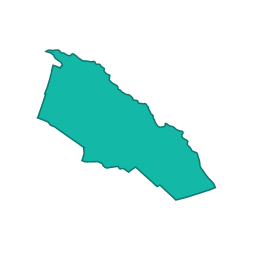 Fratautii Vechi, Suceava, Romania (Robinson projection), rotated 17°
{"feature_id": "2599482B91718162891517", "entity_name": "Fratautii Vechi", "entity_type": "district", "adm_level": 2, "iso_a3": "ROU", "parent_name": "Romania", "parent_adm1": "Suceava", "projection": "robinson", "projection_center": [25.9, 47.896], "detail": "fine", "context": "isolated", "style": "filled", "palette": "teal", "viewbox_px": 256, "rotation_deg": 17, "n_neighbors": 0, "source": "geoboundaries", "source_scale": "gbopen_adm2", "svg_char_len": 5605}
<svg xmlns="http://www.w3.org/2000/svg" viewBox="0 0 256 256"><g transform="rotate(17 128 128)"><path d="M194.8,182.9L203.8,177.4L206.6,175.5L208.7,174.0L212.1,171.7L216.0,169.0L219.1,166.8L224.7,162.9L229.0,159.4L227.3,157.5L225.9,156.0L223.5,154.5L219.6,152.4L215.6,149.7L212.7,147.2L210.6,145.9L208.1,143.5L205.9,138.4L205.2,137.5L203.1,134.5L202.1,132.8L201.7,132.2L201.2,131.9L200.4,131.5L199.6,131.5L198.9,131.5L197.3,131.4L196.5,131.3L196.0,131.2L195.6,130.9L195.0,130.3L194.3,129.5L193.3,128.8L193.0,128.5L192.6,128.2L191.9,127.9L191.0,127.5L190.4,127.2L189.6,126.5L189.3,126.0L189.3,125.3L189.2,124.6L189.2,123.8L189.0,123.3L188.7,122.9L187.5,122.5L186.7,122.2L185.8,122.1L184.5,121.9L183.7,121.7L183.0,121.2L182.4,120.8L181.9,120.0L181.7,119.4L181.5,118.6L181.9,117.9L182.1,117.1L181.9,116.3L181.6,115.8L181.2,115.4L180.4,115.3L179.6,115.4L178.7,115.7L177.7,115.7L176.7,115.6L175.9,115.4L174.5,115.2L173.5,114.9L172.9,114.5L172.1,114.1L171.5,113.8L170.7,113.7L169.9,113.7L168.5,113.8L167.7,113.8L167.1,113.7L165.8,113.5L164.6,113.0L164.0,112.7L163.2,112.5L162.7,112.6L162.4,112.9L162.4,113.3L162.6,113.9L162.8,114.7L162.7,115.2L162.3,115.9L161.5,116.5L160.5,116.8L160.0,117.1L159.3,117.6L158.9,117.7L158.2,117.8L157.4,117.9L156.3,117.7L155.7,117.4L155.3,117.1L154.9,116.8L154.4,116.4L154.0,116.0L153.7,115.8L153.2,115.5L152.8,115.0L152.2,114.8L152.1,114.3L152.0,114.1L151.7,113.7L151.5,113.2L150.5,112.1L149.8,111.8L149.3,111.2L148.8,110.5L148.7,110.1L148.7,109.5L148.4,109.0L147.9,108.5L147.2,108.2L146.3,108.0L145.7,107.7L145.4,107.4L145.2,106.9L144.6,106.1L143.5,105.3L143.1,104.8L141.9,103.2L141.4,102.5L140.9,101.8L139.7,101.2L138.8,100.3L138.2,99.9L137.6,99.7L137.0,99.7L135.9,100.3L134.9,100.5L133.9,100.6L133.2,100.8L132.6,100.9L132.0,100.9L131.3,100.9L130.7,100.9L130.1,100.6L129.8,100.5L129.8,100.1L129.7,99.7L129.4,99.4L129.1,99.2L128.3,99.1L127.8,99.1L126.8,99.4L125.6,99.6L125.2,99.6L124.9,99.5L124.7,99.4L124.1,98.7L123.4,97.8L122.8,97.5L121.8,96.9L120.7,96.4L120.1,96.2L119.5,96.1L119.0,96.1L118.4,96.1L118.0,96.2L117.1,96.4L116.6,96.5L116.0,96.4L115.6,96.3L114.9,96.2L114.0,95.9L112.9,95.5L112.1,95.5L111.6,95.4L111.4,95.1L110.9,94.9L110.0,94.2L109.2,94.1L108.4,93.9L108.1,93.9L107.7,93.9L107.3,93.8L107.1,93.4L106.8,92.7L106.1,91.7L105.2,90.8L104.6,90.6L103.8,90.5L103.1,90.3L101.4,89.9L100.4,89.7L99.7,89.5L98.7,89.1L97.7,88.6L95.9,87.6L95.8,87.0L95.8,86.4L95.6,85.3L95.4,83.8L95.3,83.3L95.1,82.9L94.8,82.8L94.2,82.8L93.4,82.7L92.5,82.7L92.1,82.6L91.5,82.4L90.6,82.0L90.2,81.7L89.6,81.4L89.2,81.1L88.7,80.8L88.5,80.4L88.1,79.8L88.2,79.4L88.2,79.0L88.2,78.7L88.1,78.4L87.9,78.2L87.5,77.9L87.0,77.7L86.4,77.6L86.0,77.4L85.2,77.2L84.8,77.0L84.3,76.9L83.9,76.7L83.7,76.3L83.5,76.0L83.1,75.7L82.6,75.5L81.9,75.4L81.3,75.5L80.9,75.6L80.5,75.8L80.1,76.0L79.3,76.2L78.8,76.2L78.1,75.7L77.7,75.3L77.4,75.0L77.3,74.8L77.0,74.5L76.6,74.4L75.8,74.3L75.1,74.6L74.5,75.0L73.9,75.3L73.3,75.5L72.5,75.6L69.7,75.9L67.5,76.4L66.2,76.8L65.2,76.9L64.4,76.9L63.9,76.7L63.4,76.5L63.1,76.4L62.7,76.4L62.4,76.2L62.0,76.1L61.5,75.9L61.1,75.9L60.7,75.7L60.2,75.6L59.9,75.5L59.1,75.1L57.8,74.4L57.1,74.1L56.3,73.9L55.4,73.6L54.8,73.3L54.3,73.2L54.1,73.1L53.8,73.2L53.4,73.3L53.1,73.4L52.8,73.6L52.6,73.9L52.3,74.7L51.8,75.3L51.7,75.5L51.5,75.8L51.3,75.9L50.8,76.0L50.1,76.0L49.8,76.1L49.3,76.1L48.9,76.1L48.3,76.0L46.5,75.6L45.7,75.4L45.1,75.3L44.6,75.2L44.1,75.2L42.8,75.6L42.5,75.6L42.2,75.6L41.9,75.4L41.6,75.3L41.1,75.0L40.3,74.5L40.0,74.2L39.7,74.0L39.3,73.9L38.9,73.9L38.0,74.0L37.4,74.2L36.7,74.4L35.4,74.9L34.7,75.2L33.9,75.7L33.6,75.9L33.4,75.9L33.1,76.0L32.4,76.0L31.4,76.2L30.2,76.5L29.5,76.7L28.9,77.0L28.4,77.4L28.1,77.7L27.9,78.0L27.5,78.4L27.2,78.6L27.0,78.9L27.4,79.0L27.8,79.0L28.2,78.8L28.4,78.8L28.6,78.7L28.8,78.7L29.1,78.8L29.3,78.9L29.7,78.9L30.1,78.9L30.4,78.9L30.6,78.8L30.8,78.8L31.2,78.7L31.4,78.7L31.8,78.7L32.1,78.9L32.3,78.9L32.7,78.9L32.9,79.0L33.4,79.1L33.7,79.2L33.9,79.2L34.1,79.5L34.4,79.7L34.5,79.7L34.9,79.8L35.0,79.8L35.4,80.0L35.8,80.2L36.1,80.5L36.3,80.9L36.4,81.2L36.7,81.4L37.6,82.2L37.8,82.4L38.6,82.8L39.9,83.2L41.1,83.7L41.9,83.9L42.7,84.1L43.2,84.2L44.2,84.5L44.9,84.8L45.1,85.0L45.3,85.5L45.7,85.9L46.1,86.1L46.5,86.4L46.8,86.8L47.0,87.3L46.9,87.3L46.7,87.3L46.5,87.5L46.3,87.8L46.0,88.8L45.9,89.2L45.8,90.5L45.2,90.4L44.2,90.2L39.5,89.9L38.0,89.9L38.0,91.3L38.1,92.5L38.2,94.6L38.2,95.6L38.5,95.6L38.6,98.2L38.7,101.1L38.8,102.2L38.9,105.0L38.9,109.6L38.9,113.0L38.3,119.8L39.4,119.8L39.2,129.8L38.8,141.1L38.8,142.1L39.0,142.1L38.4,144.7L41.2,144.9L44.3,145.1L47.4,145.4L48.9,145.5L49.1,145.5L49.6,145.7L50.8,146.3L51.5,146.8L51.7,147.1L51.9,147.3L52.2,147.5L52.9,147.8L53.5,148.0L54.1,148.1L55.2,148.2L57.2,148.3L57.7,148.4L59.8,149.1L60.5,149.4L65.0,150.9L68.7,152.1L72.7,153.4L80.1,155.8L82.7,156.6L89.5,158.9L91.4,159.4L91.8,159.6L91.6,159.7L91.4,160.0L93.5,165.2L93.5,166.9L93.6,169.3L93.6,170.8L93.4,172.6L94.4,172.7L95.8,172.9L97.1,172.8L98.4,172.5L105.0,170.3L108.1,169.3L109.2,168.9L109.9,169.0L110.4,169.0L111.0,169.3L111.3,169.3L111.8,169.2L113.4,169.5L114.0,169.8L114.4,170.3L115.0,171.1L115.6,171.5L116.4,171.9L117.2,172.2L118.5,172.5L119.7,172.4L123.4,170.5L127.1,168.8L129.5,167.7L130.0,167.9L130.6,168.4L131.1,168.9L131.4,169.1L132.2,169.5L132.6,169.4L133.6,168.9L134.5,168.3L134.8,168.2L135.1,168.2L135.8,168.3L136.8,168.4L137.1,168.4L137.8,168.8L139.0,169.3L140.0,169.6L140.7,169.7L141.6,170.0L141.9,169.5L143.9,166.5L146.5,163.3L148.0,163.8L149.0,164.2L150.4,164.8L151.4,165.3L152.7,166.0L159.4,169.1L164.1,171.3L173.0,175.5L175.2,173.3L184.1,177.6L190.6,180.7L194.8,182.9Z" fill="#14b8a6" stroke="#0f766e" stroke-width="1.5"/></g></svg>